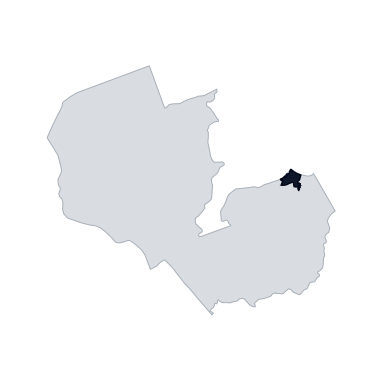 location of Nchelenge, Luapula, Zambia, rotated 70°
{"feature_id": "96606910B37258058096160", "entity_name": "Nchelenge", "entity_type": "district", "adm_level": 2, "iso_a3": "ZMB", "parent_name": "Zambia", "parent_adm1": "Luapula", "projection": "robinson", "projection_center": [28.93, -9.367], "detail": "fine", "context": "in_parent", "style": "filled", "palette": "ink", "viewbox_px": 384, "rotation_deg": 70, "n_neighbors": 0, "source": "geoboundaries", "source_scale": "gbopen_adm2", "svg_char_len": 6390}
<svg xmlns="http://www.w3.org/2000/svg" viewBox="0 0 384 384"><g transform="rotate(70 192 192)"><path d="M250.4,257.6L235.3,257.7L229.8,259.0L225.3,261.1L219.9,264.4L216.8,266.6L215.9,267.9L215.5,270.6L215.5,274.9L214.9,277.9L213.3,280.8L205.1,284.2L199.8,286.9L194.5,290.2L190.6,294.5L187.8,299.7L183.4,306.2L173.9,317.8L168.5,320.0L163.9,319.5L158.4,317.1L154.0,316.6L150.8,318.1L147.8,317.7L145.0,315.2L142.7,314.3L140.8,315.0L138.4,314.9L134.1,313.5L130.3,309.4L128.2,307.7L126.6,307.0L122.1,306.4L111.7,305.4L101.0,307.5L91.5,309.6L81.8,300.3L72.5,290.6L70.5,288.1L66.9,284.8L64.4,283.3L63.4,282.4L60.8,273.8L59.4,265.8L58.8,189.0L101.3,189.0L104.0,188.6L104.1,187.8L102.1,183.7L102.2,182.3L102.7,179.5L104.6,173.9L104.7,172.1L103.8,166.0L103.8,162.6L104.3,155.8L104.0,153.5L105.0,150.4L105.3,148.4L105.7,147.5L105.2,145.2L104.3,137.0L103.8,133.6L106.4,134.1L107.2,135.8L107.7,137.6L108.9,137.7L111.9,138.8L112.9,140.3L113.7,143.6L113.2,145.3L112.3,146.6L113.3,147.8L115.3,148.6L116.5,148.4L119.9,146.1L123.0,145.3L124.6,144.7L131.7,143.3L133.0,142.5L134.0,142.5L134.7,143.1L134.1,145.4L133.9,147.5L134.8,151.3L135.4,153.2L136.9,154.5L138.0,155.1L139.2,156.5L141.6,156.3L147.0,158.3L148.6,159.2L150.9,160.1L152.5,160.4L158.1,161.1L163.9,162.2L167.0,162.3L169.1,162.0L170.6,161.5L171.5,160.9L172.0,160.3L174.2,153.0L175.3,152.4L176.7,152.0L177.6,152.7L178.5,157.3L182.8,161.5L184.2,165.0L185.3,168.0L186.2,168.9L187.8,169.9L190.4,170.3L192.7,170.4L204.1,175.5L205.4,176.4L206.8,179.2L207.6,182.2L208.5,184.7L210.0,185.2L211.3,185.3L212.6,187.0L213.6,188.5L216.9,194.5L217.4,196.9L219.1,198.5L221.3,199.2L223.3,199.3L224.5,198.6L227.4,197.3L229.7,195.9L231.4,195.4L232.3,195.7L233.1,196.7L233.6,199.7L235.2,200.7L236.4,200.3L236.8,199.2L236.9,198.6L236.9,167.0L235.8,167.2L234.5,168.1L231.5,168.2L230.3,168.9L230.0,169.9L230.2,171.2L230.2,173.0L229.8,173.8L228.5,174.2L226.6,173.5L223.1,172.6L220.2,172.0L218.1,169.7L215.3,166.1L213.5,164.3L209.0,160.6L208.3,159.8L206.9,158.1L205.8,155.1L204.7,151.7L204.1,149.5L205.1,146.2L207.7,135.2L208.3,131.8L210.5,128.4L210.6,125.3L209.8,121.3L210.0,119.1L210.3,106.6L209.7,102.6L208.2,98.2L205.0,92.1L205.0,90.8L210.0,86.8L211.5,85.3L214.0,82.1L215.8,79.4L216.9,77.2L217.2,74.3L216.4,71.6L218.1,71.1L258.8,64.0L259.4,65.9L260.6,69.0L262.0,71.3L263.8,73.3L265.3,74.5L266.2,74.9L272.5,74.8L274.8,76.0L276.7,77.5L277.2,79.9L278.5,81.4L279.9,82.6L280.5,82.7L281.5,82.5L283.2,82.4L284.8,82.9L285.5,83.5L285.6,85.5L286.0,86.4L288.2,86.7L290.3,86.9L292.4,88.2L294.6,88.5L297.3,89.0L298.5,90.5L301.3,92.0L304.6,93.3L308.4,95.6L308.4,96.2L309.1,97.6L309.7,98.5L309.8,99.9L310.1,101.2L311.0,101.5L311.8,101.6L312.6,100.6L313.6,100.7L314.7,101.2L315.0,102.7L315.9,104.7L317.3,106.1L318.2,107.4L317.9,109.8L317.3,112.0L319.1,114.1L321.6,116.2L322.2,117.1L322.4,120.1L322.8,121.1L324.4,123.7L325.2,125.3L325.2,126.3L320.7,131.3L318.0,132.1L316.8,133.1L316.0,134.2L317.8,139.2L318.7,141.1L317.9,143.4L316.1,147.5L315.3,147.8L315.2,150.9L315.7,152.0L316.6,152.8L316.9,154.9L316.8,160.0L315.7,165.9L317.7,171.0L318.4,171.5L321.1,171.6L321.6,172.0L320.9,173.4L319.0,175.7L315.5,177.4L310.4,179.3L309.3,181.2L308.6,183.9L309.2,185.4L309.9,186.3L309.6,188.7L309.2,191.1L309.3,193.1L309.1,194.8L308.4,195.6L307.5,198.2L306.4,200.8L305.6,202.0L304.3,203.2L302.3,204.3L302.3,204.8L304.6,206.0L305.2,206.8L305.4,207.4L304.4,208.7L305.5,209.5L306.8,210.2L308.0,211.9L309.3,215.2L309.6,215.5L310.0,215.6L310.7,215.2L312.1,213.9L313.1,213.4L314.3,215.3L293.2,223.3L288.2,225.0L280.8,227.8L278.4,228.9L276.4,229.9L256.8,236.2L253.7,237.5L246.7,240.7L246.5,241.2L246.6,242.7L247.2,245.7L248.4,248.4L249.4,250.0L250.1,254.1L250.4,257.6Z" fill="#d9dde1" stroke="#a8b0b8" stroke-width="1"/><path d="M213.3,84.0L213.0,84.3L212.0,85.5L211.8,85.8L211.6,86.0L211.2,86.5L210.6,87.1L209.3,88.2L208.7,88.7L207.8,89.4L207.3,89.7L207.0,89.9L206.4,90.2L206.1,90.4L205.8,90.6L205.1,90.9L204.8,91.1L204.7,91.2L204.6,91.4L204.6,91.5L204.8,91.8L205.0,92.1L205.4,92.5L205.8,92.8L206.1,93.0L207.0,93.6L207.3,93.8L207.6,94.0L207.8,94.3L207.9,94.6L207.8,94.9L207.8,95.1L207.8,95.5L207.8,95.9L207.8,96.0L207.7,96.1L207.6,96.4L207.6,96.6L207.8,96.6L208.0,96.6L208.2,96.8L208.2,97.0L208.1,97.4L208.3,97.4L208.6,97.3L208.9,97.4L209.0,97.6L209.0,97.8L209.0,98.2L209.0,98.3L208.9,99.1L208.9,99.3L209.0,99.4L209.2,99.6L209.3,99.6L209.5,99.4L209.8,99.1L210.0,99.2L210.0,99.3L210.0,99.5L209.9,99.6L209.6,99.6L209.3,99.7L209.2,99.8L209.2,100.0L209.3,100.0L209.5,100.1L209.8,100.3L209.9,100.6L209.8,101.2L209.8,101.3L209.9,101.5L210.0,101.7L210.2,102.2L210.2,102.6L210.2,102.9L210.3,103.0L210.3,103.3L210.1,103.4L210.1,103.5L210.2,104.0L210.3,104.1L210.4,104.4L210.5,104.5L210.8,104.5L211.0,104.5L211.1,104.4L211.4,104.2L211.5,104.0L211.7,103.7L212.0,103.4L212.3,103.3L212.5,103.3L212.6,103.2L212.6,103.3L212.8,103.4L212.9,103.5L213.0,103.6L213.3,103.6L213.5,103.7L213.6,103.8L213.8,103.9L213.9,104.0L214.0,104.1L214.3,104.2L214.5,104.3L214.6,104.6L214.8,104.7L214.9,104.8L214.9,104.7L215.0,104.7L215.0,104.8L215.3,104.9L215.5,104.9L215.5,105.0L215.8,105.1L216.0,105.1L216.2,104.9L216.3,104.8L216.5,104.9L216.5,105.0L216.7,104.7L216.8,104.2L216.9,103.6L216.9,103.3L217.0,103.1L217.2,102.3L217.3,102.0L217.4,101.8L217.4,101.5L217.4,101.4L217.4,101.2L217.4,100.6L217.4,100.3L217.4,100.1L217.3,99.8L217.3,99.5L217.3,99.2L217.3,98.8L217.2,98.7L217.2,98.4L217.2,98.1L217.2,97.5L217.2,97.1L217.2,96.7L217.1,96.2L217.1,95.9L217.1,95.4L217.0,94.9L217.1,94.6L217.2,94.4L217.4,94.0L217.6,93.7L217.8,93.4L219.4,93.8L221.8,94.2L222.5,93.1L223.0,92.0L223.4,90.6L225.7,91.3L226.6,91.3L226.6,91.2L226.4,91.0L226.3,90.9L226.4,90.7L226.5,90.7L226.4,90.6L226.3,90.3L226.2,90.3L226.0,90.5L225.9,90.5L225.7,90.7L225.7,90.4L225.6,90.2L225.4,90.0L225.2,90.0L225.1,89.9L225.0,89.6L224.9,89.6L224.9,89.4L224.7,89.2L224.5,88.8L224.5,88.7L224.2,88.6L223.9,88.7L223.6,88.8L223.4,88.8L223.1,88.8L223.1,88.7L222.9,88.5L222.7,88.5L222.8,88.4L222.8,88.2L222.7,88.3L222.6,88.2L222.4,88.1L222.2,88.2L222.0,87.9L221.9,87.9L221.7,87.7L221.4,87.5L221.2,87.5L220.9,87.8L220.8,88.0L220.7,88.0L220.5,88.4L220.4,88.4L220.4,88.5L220.3,88.8L220.2,88.9L220.1,89.0L220.0,89.3L219.9,89.4L219.9,89.5L219.7,89.4L219.4,89.3L219.1,89.1L218.7,88.9L218.4,88.9L218.2,88.9L217.9,88.9L217.7,88.7L217.7,88.4L217.6,88.2L217.6,87.9L217.6,87.7L217.5,87.4L217.5,87.2L217.4,87.1L217.4,86.9L213.3,84.0Z" fill="#0f172a" stroke="#020617" stroke-width="1.5"/></g></svg>